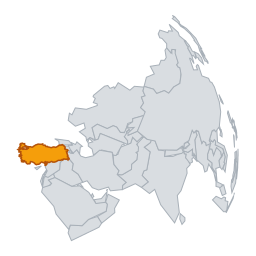 Turkey highlighted on a map of Asia
{"feature_id": "TUR", "entity_name": "Turkey", "entity_type": "country or territory", "adm_level": 0, "iso_a3": "TUR", "parent_name": "Asia", "parent_adm1": "", "projection": "orthographic", "projection_center": [34.29, 38.962], "detail": "fine", "context": "in_parent", "style": "filled", "palette": "amber", "viewbox_px": 256, "rotation_deg": 0, "n_neighbors": 45, "source": "natural_earth", "source_scale": "50m", "svg_char_len": 16630}
<svg xmlns="http://www.w3.org/2000/svg" viewBox="0 0 256 256"><path d="M143.7,87.1L143.0,91.0L145.1,95.8L141.4,97.1L143.6,103.0L140.6,107.6L145.2,111.8L145.5,115.0L132.8,118.6L132.6,121.8L127.7,123.5L125.1,132.3L120.3,132.4L116.7,127.1L113.2,125.7L107.2,128.6L97.3,124.2L92.1,127.7L95.4,139.9L90.0,137.6L86.6,140.3L85.9,136.9L79.4,131.8L85.3,128.3L84.0,123.0L75.4,126.2L68.2,120.4L69.4,113.2L72.0,114.8L75.3,107.9L86.4,109.3L97.3,105.5L97.2,103.9L93.3,102.6L95.3,98.4L93.1,96.7L93.5,95.3L104.6,86.2L107.8,85.5L110.0,88.4L113.9,86.8L114.7,88.5L118.2,82.7L129.9,90.2L134.4,86.3L143.7,87.1Z" fill="#d9dde1" stroke="#a8b0b8" stroke-width="1"/><path d="M95.4,139.9L92.1,127.7L97.3,124.2L107.2,128.6L113.2,125.7L116.7,127.1L120.3,132.4L124.3,132.7L127.9,125.0L127.8,127.9L134.1,127.4L132.4,130.9L129.9,131.9L129.0,129.5L126.5,131.5L126.3,136.0L124.4,136.7L127.6,140.6L127.6,144.4L100.3,133.5L98.1,139.2L95.4,139.9Z" fill="#d9dde1" stroke="#a8b0b8" stroke-width="1"/><path d="M236.3,157.4L236.3,161.0L237.2,163.7L236.8,166.5L235.6,182.9L231.9,192.6L231.0,186.3L231.5,180.6L232.4,182.1L234.7,173.9L235.2,171.6L235.4,161.2L236.3,157.4ZM237.4,171.2L237.5,168.8L237.3,171.1L236.9,175.9L236.5,179.3L236.9,174.1L237.5,163.9L237.7,158.5L238.0,148.8L238.1,155.3L237.6,162.9L237.5,165.2L237.7,165.7L238.0,158.3L237.7,165.7L237.7,167.3L237.4,171.2ZM234.0,194.4L233.9,194.8L234.4,192.7L234.0,194.4ZM227.2,209.1L232.6,198.1L233.8,195.3L233.0,198.7L226.1,212.9L227.2,209.1ZM225.1,200.7L227.9,201.5L226.9,209.4L225.7,211.7L223.6,211.7L212.5,199.9L216.1,196.3L221.4,198.8L223.9,197.0L225.6,197.7L225.1,200.7Z" fill="#d9dde1" stroke="#a8b0b8" stroke-width="1"/><path d="M45.0,174.1L42.6,179.0L42.5,187.1L40.5,181.2L42.9,174.8L45.0,174.1Z" fill="#d9dde1" stroke="#a8b0b8" stroke-width="1"/><path d="M47.2,170.9L43.0,174.8L46.7,169.6L47.2,170.9Z" fill="#d9dde1" stroke="#a8b0b8" stroke-width="1"/><path d="M44.2,177.2L42.5,180.8L43.2,176.7L44.2,177.2Z" fill="#d9dde1" stroke="#a8b0b8" stroke-width="1"/><path d="M44.2,177.2L53.5,173.5L54.9,177.6L48.5,180.1L51.6,183.4L45.9,188.1L42.5,187.1L44.2,177.2Z" fill="#d9dde1" stroke="#a8b0b8" stroke-width="1"/><path d="M94.1,199.7L101.4,198.6L107.1,191.7L105.1,203.2L95.9,203.5L94.1,199.7Z" fill="#d9dde1" stroke="#a8b0b8" stroke-width="1"/><path d="M91.6,198.4L91.1,196.1L92.4,193.7L93.8,196.5L91.6,198.4Z" fill="#d9dde1" stroke="#a8b0b8" stroke-width="1"/><path d="M79.1,182.4L82.9,187.0L77.3,186.0L79.1,182.4Z" fill="#d9dde1" stroke="#a8b0b8" stroke-width="1"/><path d="M54.9,177.6L53.5,173.5L59.6,169.6L60.0,162.8L63.7,159.0L69.2,159.1L73.3,163.8L72.2,169.9L78.2,174.2L82.8,182.3L71.8,186.4L54.9,177.6Z" fill="#d9dde1" stroke="#a8b0b8" stroke-width="1"/><path d="M105.6,202.3L108.0,194.2L119.3,200.0L114.6,208.3L114.8,212.6L101.6,223.2L97.4,216.5L106.2,211.2L107.3,204.3L105.6,202.3ZM107.5,189.6L106.4,190.8L107.1,189.4L107.5,189.6Z" fill="#d9dde1" stroke="#a8b0b8" stroke-width="1"/><path d="M219.9,167.1L218.9,160.6L222.7,155.5L222.6,152.7L224.5,153.3L225.3,156.9L224.1,162.4L224.9,163.2L222.0,169.6L219.9,167.1Z" fill="#d9dde1" stroke="#a8b0b8" stroke-width="1"/><path d="M221.5,156.1L218.9,160.6L219.9,167.1L215.8,168.5L217.1,181.9L222.4,184.5L221.3,187.9L216.0,186.4L216.1,173.8L211.8,167.3L211.9,163.0L207.6,159.4L207.6,154.1L209.4,148.7L212.0,149.2L213.6,155.1L215.5,148.8L218.1,148.3L220.8,151.8L221.5,156.1Z" fill="#d9dde1" stroke="#a8b0b8" stroke-width="1"/><path d="M223.8,152.0L221.5,156.1L220.8,151.8L216.5,147.5L213.6,155.1L212.0,149.2L209.4,148.7L210.7,143.4L209.2,140.5L212.9,141.9L214.3,139.6L215.7,141.3L215.3,144.8L222.2,147.4L223.8,152.0Z" fill="#d9dde1" stroke="#a8b0b8" stroke-width="1"/><path d="M209.4,148.7L207.6,154.1L207.6,159.4L211.9,163.0L211.8,167.3L216.1,173.8L215.8,181.2L213.8,172.4L208.7,164.1L207.0,170.8L204.8,172.0L203.1,165.5L196.5,159.6L194.8,140.0L197.0,135.2L195.6,131.5L198.5,131.3L201.9,143.4L203.2,141.1L205.7,142.6L206.3,145.5L209.1,142.8L209.4,148.7Z" fill="#d9dde1" stroke="#a8b0b8" stroke-width="1"/><path d="M223.1,168.3L224.9,163.2L224.1,162.4L225.3,156.9L223.1,148.8L215.3,144.8L215.7,141.3L214.3,139.6L212.9,141.9L209.6,139.2L212.1,130.8L216.9,130.5L217.5,142.0L224.2,146.0L227.3,155.2L225.1,171.9L223.1,168.3Z" fill="#d9dde1" stroke="#a8b0b8" stroke-width="1"/><path d="M185.5,40.9L189.2,45.3L192.2,51.0L195.0,52.6L196.0,59.1L193.2,55.3L192.0,56.1L190.6,53.4L187.6,48.1L188.2,46.6L187.0,45.8L184.3,40.9L185.5,40.9Z" fill="#d9dde1" stroke="#a8b0b8" stroke-width="1"/><path d="M196.6,57.4L194.5,51.9L198.1,53.7L201.6,57.9L203.4,64.0L198.8,59.6L198.4,58.0L196.6,57.4Z" fill="#d9dde1" stroke="#a8b0b8" stroke-width="1"/><path d="M144.1,86.4L146.4,77.3L154.3,73.9L150.3,66.3L159.2,64.9L161.0,60.3L164.5,60.3L166.2,57.6L165.0,50.2L166.7,47.8L171.9,53.4L171.8,49.4L174.7,48.9L178.2,62.9L176.7,64.7L178.0,66.9L179.9,67.8L181.1,72.0L179.9,83.4L173.8,86.9L168.7,93.2L164.3,90.6L156.7,93.5L153.4,89.1L144.1,86.4Z" fill="#d9dde1" stroke="#a8b0b8" stroke-width="1"/><path d="M195.6,131.5L197.0,135.2L194.8,140.0L196.5,157.3L193.8,153.6L193.8,156.2L192.2,155.6L192.5,149.3L188.0,152.5L184.1,151.2L184.3,153.7L186.3,154.1L185.6,157.7L187.0,157.5L190.2,164.7L186.7,168.4L187.1,173.2L181.0,190.7L177.3,195.5L179.3,212.5L174.6,222.9L160.7,204.8L154.7,189.4L149.5,193.5L141.4,187.3L148.2,181.9L142.1,175.5L143.9,170.9L146.8,169.8L150.1,151.9L144.2,147.2L150.5,142.5L151.4,138.7L155.1,141.0L158.5,149.9L165.1,150.9L164.6,156.5L173.0,156.4L183.3,152.0L182.3,146.0L183.8,148.8L185.9,148.5L189.6,144.4L187.8,142.3L192.2,130.2L193.9,132.9L195.6,131.5Z" fill="#d9dde1" stroke="#a8b0b8" stroke-width="1"/><path d="M193.8,153.6L197.4,161.8L193.5,157.4L191.9,158.8L192.5,162.0L190.0,163.4L185.6,157.7L186.3,154.1L184.3,153.7L184.1,151.2L188.0,152.5L192.5,149.3L192.2,155.6L193.8,156.2L193.8,153.6Z" fill="#d9dde1" stroke="#a8b0b8" stroke-width="1"/><path d="M187.8,142.3L189.6,144.4L183.8,148.8L184.3,143.4L187.8,142.3Z" fill="#d9dde1" stroke="#a8b0b8" stroke-width="1"/><path d="M181.5,147.6L183.3,152.0L181.7,153.4L164.6,156.5L165.6,149.6L176.8,150.1L181.5,147.6Z" fill="#d9dde1" stroke="#a8b0b8" stroke-width="1"/><path d="M151.4,138.7L150.5,142.5L144.2,147.2L150.1,151.9L146.8,169.8L143.9,170.9L142.1,175.5L148.2,181.9L141.4,187.3L135.3,183.7L122.4,189.6L122.6,185.4L126.1,182.4L117.2,174.6L122.1,174.8L131.5,169.3L131.6,164.2L136.8,159.8L137.3,142.4L143.6,136.8L147.4,139.4L151.4,138.7Z" fill="#d9dde1" stroke="#a8b0b8" stroke-width="1"/><path d="M120.4,147.3L130.7,143.1L132.6,137.2L137.0,141.7L139.1,137.7L143.6,136.8L136.6,144.4L138.5,146.9L138.2,151.4L136.0,152.4L137.6,154.1L136.8,159.8L131.6,164.2L131.5,169.3L122.1,174.8L117.2,174.6L118.9,170.8L113.8,164.5L113.2,155.1L117.9,154.4L120.4,147.3Z" fill="#d9dde1" stroke="#a8b0b8" stroke-width="1"/><path d="M127.6,144.4L127.6,140.6L124.4,136.7L129.0,129.5L130.7,131.4L128.3,135.2L137.4,131.2L142.8,136.1L137.0,141.7L132.6,137.2L130.7,143.1L127.6,144.4Z" fill="#d9dde1" stroke="#a8b0b8" stroke-width="1"/><path d="M127.9,125.0L132.6,121.8L132.8,118.6L145.5,115.0L137.4,131.2L128.3,135.2L127.8,133.3L134.1,127.4L127.8,127.9L127.9,125.0Z" fill="#d9dde1" stroke="#a8b0b8" stroke-width="1"/><path d="M86.6,140.3L90.0,137.6L94.2,140.4L98.1,139.2L100.3,133.5L123.7,142.9L124.3,144.9L122.2,144.7L116.1,155.5L113.2,155.1L112.2,152.4L101.5,150.0L93.4,154.9L92.1,149.1L88.3,146.1L88.3,143.1L92.7,141.9L89.3,138.5L87.8,142.3L86.6,140.3Z" fill="#d9dde1" stroke="#a8b0b8" stroke-width="1"/><path d="M82.8,182.3L78.2,174.2L72.2,169.9L73.3,163.8L67.4,156.6L66.6,151.6L72.2,153.3L76.8,149.7L80.8,156.1L85.6,157.7L93.3,155.8L99.6,150.2L112.2,152.4L113.8,164.5L118.9,170.8L117.2,174.6L126.1,182.4L122.6,185.4L122.4,189.6L110.4,190.8L108.4,187.1L98.6,190.0L92.3,187.7L87.1,180.8L82.8,182.3Z" fill="#d9dde1" stroke="#a8b0b8" stroke-width="1"/><path d="M44.7,176.1L47.2,170.9L45.1,166.8L47.3,161.9L62.6,159.6L60.0,162.8L59.6,169.6L48.0,177.4L44.7,176.1Z" fill="#d9dde1" stroke="#a8b0b8" stroke-width="1"/><path d="M73.2,153.1L65.1,148.9L64.6,146.0L69.8,146.4L73.2,153.1Z" fill="#d9dde1" stroke="#a8b0b8" stroke-width="1"/><path d="M184.9,217.7L184.9,220.9L182.0,224.4L179.8,219.0L180.2,213.6L184.9,217.7Z" fill="#d9dde1" stroke="#a8b0b8" stroke-width="1"/><path d="M222.0,136.8L220.0,135.3L220.9,129.1L222.1,133.8L222.0,136.8ZM137.4,131.2L145.2,111.8L140.6,107.6L143.6,103.0L141.4,97.1L145.1,95.8L143.0,91.0L144.1,86.4L153.4,89.1L156.7,93.5L164.3,90.6L168.7,93.2L173.8,86.9L179.9,83.4L181.1,74.6L179.9,67.8L178.0,66.9L176.7,64.7L178.2,62.9L175.1,53.1L175.6,49.7L171.8,49.4L170.8,52.9L166.7,47.8L166.7,43.7L162.0,38.4L159.8,37.8L158.2,33.9L159.9,30.1L167.9,32.7L168.5,30.8L172.4,31.1L169.2,24.3L178.2,32.4L179.3,35.8L185.5,40.9L184.3,40.9L187.0,45.8L188.2,46.6L187.6,48.1L192.0,56.1L194.0,63.6L190.8,58.5L189.6,58.3L193.6,69.9L197.5,69.8L196.2,66.3L197.3,64.6L198.4,65.4L201.9,75.9L208.5,78.3L210.2,81.9L211.8,82.4L214.4,87.0L219.3,101.9L220.7,111.9L219.4,125.6L220.4,129.1L220.0,130.4L218.7,127.4L215.7,131.7L214.2,129.7L212.1,130.8L209.2,140.5L210.7,143.4L206.3,145.5L205.7,142.6L203.2,141.1L201.9,143.4L198.5,131.3L196.3,130.3L193.9,132.9L192.2,130.2L188.9,140.6L184.3,143.4L183.5,148.2L182.3,146.0L176.8,150.1L158.5,149.9L155.1,141.0L147.4,139.4L137.4,131.2Z" fill="#d9dde1" stroke="#a8b0b8" stroke-width="1"/><path d="M218.9,94.5L222.4,101.4L223.4,104.3L221.1,101.6L218.9,94.5Z" fill="#d9dde1" stroke="#a8b0b8" stroke-width="1"/><path d="M71.4,142.6L75.4,144.5L76.9,141.9L82.4,146.4L80.3,147.1L79.6,153.7L76.8,149.7L73.2,153.1L70.3,149.5L68.1,145.1L72.1,145.3L71.4,142.6ZM72.2,153.3L70.4,153.1L68.3,150.4L70.8,150.9L72.2,153.3Z" fill="#d9dde1" stroke="#a8b0b8" stroke-width="1"/><path d="M54.7,138.8L68.8,140.7L72.4,144.8L59.3,145.0L58.7,141.2L54.7,138.8Z" fill="#d9dde1" stroke="#a8b0b8" stroke-width="1"/><path d="M233.3,128.6L232.2,127.2L232.7,125.7L233.3,128.6ZM235.6,133.3L234.5,128.5L234.9,129.3L234.3,125.2L235.6,133.3ZM235.2,126.2L236.4,130.6L236.8,133.7L236.4,131.8L236.6,134.2L237.1,137.3L236.9,138.3L236.2,135.1L236.3,140.5L235.8,133.1L235.6,128.1L235.2,126.2ZM234.1,136.3L234.5,147.5L233.5,134.5L234.1,136.3ZM228.0,110.6L231.7,122.0L232.4,118.8L233.4,121.7L232.5,121.5L231.9,125.5L231.4,123.0L230.4,122.9L227.5,113.2L228.0,110.6ZM234.6,131.7L233.7,128.1L234.0,126.3L234.6,131.7ZM233.6,119.7L234.3,122.0L234.2,123.0L235.0,126.5L233.3,121.3L233.6,119.7Z" fill="#d9dde1" stroke="#a8b0b8" stroke-width="1"/><path d="M219.6,187.9L223.7,184.8L226.0,193.7L222.3,195.5L219.6,187.9ZM236.3,157.4L235.4,161.2L235.2,171.6L232.4,182.1L231.8,182.0L231.5,180.6L232.8,177.8L232.9,175.1L234.0,170.6L234.4,164.2L235.1,162.3L234.9,152.3L236.4,151.2L236.3,157.4Z" fill="#d9dde1" stroke="#a8b0b8" stroke-width="1"/><path d="M234.8,159.0L235.1,162.3L234.8,164.6L234.4,164.2L234.8,159.0Z" fill="#d9dde1" stroke="#a8b0b8" stroke-width="1"/><path d="M186.5,28.5L195.8,38.3L199.0,44.5L202.0,49.3L200.3,48.3L203.4,57.0L204.4,56.7L207.8,61.5L208.2,63.7L206.5,61.3L205.0,61.1L199.8,50.9L198.1,45.4L194.0,40.3L194.5,40.0L190.4,34.1L183.4,27.7L182.2,25.7L186.5,28.5ZM173.9,17.0L172.3,15.4L174.6,16.6L179.4,22.0L179.2,23.3L182.0,25.9L182.8,27.6L180.7,26.3L177.8,22.6L172.3,18.6L173.9,17.0ZM203.7,55.4L201.3,50.8L201.9,50.4L204.8,55.8L203.7,55.4Z" fill="#d9dde1" stroke="#a8b0b8" stroke-width="1"/><path d="M97.4,216.5L101.6,223.2L99.0,227.2L71.4,240.6L68.1,232.9L70.3,225.1L82.1,225.7L88.5,219.4L97.4,216.5Z" fill="#d9dde1" stroke="#a8b0b8" stroke-width="1"/><path d="M42.6,187.6L50.2,185.2L51.6,183.4L48.5,180.1L54.9,177.6L71.8,186.4L79.9,185.9L88.8,192.4L95.9,203.5L105.6,202.3L107.3,204.3L106.2,211.2L88.5,219.4L82.1,225.7L70.3,225.1L68.6,229.3L56.1,214.1L53.8,206.3L41.6,192.0L42.6,187.6Z" fill="#d9dde1" stroke="#a8b0b8" stroke-width="1"/><path d="M41.4,166.0L36.9,169.7L34.8,167.8L41.4,166.0Z" fill="#d9dde1" stroke="#a8b0b8" stroke-width="1"/><path d="M59.2,145.1L59.7,145.2L59.9,145.3L60.0,145.3L60.2,145.1L61.0,145.0L61.6,145.1L61.9,144.7L62.1,144.6L62.3,144.6L62.5,144.9L62.8,144.9L63.2,145.3L63.4,145.4L63.5,145.5L63.4,145.6L63.5,145.7L63.6,145.8L63.8,145.8L64.0,145.8L64.2,146.0L64.3,146.2L64.5,146.4L64.7,146.5L64.8,146.6L65.0,147.0L65.1,147.3L65.1,147.5L65.0,147.8L64.8,148.1L65.0,148.4L64.9,148.6L65.2,148.9L65.3,149.2L65.2,149.3L65.5,149.5L65.9,149.6L66.1,149.6L66.5,149.5L66.8,149.5L67.1,149.6L67.6,149.9L68.1,150.3L68.4,150.6L67.7,150.3L67.4,150.7L67.3,151.5L67.2,151.7L66.6,151.7L66.4,151.7L66.4,151.8L66.5,152.0L66.6,152.3L66.7,152.5L66.9,152.6L66.9,152.9L66.8,153.1L66.9,153.3L67.1,153.5L67.3,154.1L67.3,154.3L67.4,154.5L67.4,155.0L67.5,155.1L67.8,155.2L67.9,155.3L67.8,155.5L67.7,155.9L67.7,156.1L67.5,156.3L67.5,156.6L67.4,156.8L67.5,156.9L67.8,156.9L68.0,157.0L68.4,157.2L68.5,157.3L68.4,157.5L68.5,157.7L68.5,157.9L68.6,158.3L69.0,158.5L69.2,158.8L69.2,159.0L68.8,159.2L68.2,159.6L68.0,160.0L67.9,159.9L67.7,159.7L67.7,159.2L67.5,158.9L67.4,158.9L67.1,158.9L66.9,159.1L66.7,159.2L66.2,159.3L65.8,159.3L65.2,159.1L64.6,159.0L64.2,159.1L63.7,159.0L63.4,159.5L62.9,159.9L62.7,160.0L62.5,159.6L62.4,159.5L62.2,159.4L62.1,159.5L61.8,159.8L61.4,160.0L60.4,160.3L59.7,160.4L58.9,160.3L58.5,160.4L58.2,160.4L57.5,160.8L56.4,161.5L55.5,161.8L54.6,162.1L53.9,162.1L53.3,162.1L52.9,162.1L52.7,162.1L52.4,161.8L52.0,161.6L51.6,161.5L51.3,161.5L50.6,161.9L50.0,162.1L49.3,162.5L48.6,162.4L48.3,162.5L48.0,162.3L47.9,162.1L47.4,162.0L47.1,162.0L47.0,162.3L46.8,163.2L47.1,163.8L46.7,164.0L46.4,164.2L46.3,164.7L46.0,164.9L45.9,165.0L45.8,165.3L45.7,165.4L45.3,165.1L45.1,165.1L45.2,164.8L44.8,163.7L45.0,163.4L45.4,163.0L45.8,162.5L45.8,162.0L45.7,161.8L45.4,161.6L45.0,161.9L44.8,162.1L44.6,162.2L44.4,162.3L44.3,162.5L44.0,162.7L43.6,162.8L43.0,162.6L42.4,162.3L42.0,162.1L41.7,162.0L41.4,162.1L40.6,162.7L39.8,163.6L39.6,163.8L38.9,164.2L38.4,164.3L38.2,164.3L37.3,164.4L36.8,164.5L36.4,164.7L35.7,164.4L35.3,164.1L35.0,163.8L34.6,163.2L34.3,162.9L33.6,162.6L32.5,161.9L32.2,161.9L31.4,161.7L30.5,161.6L30.4,161.9L30.3,162.8L30.1,163.1L30.0,163.5L29.9,163.7L29.7,163.8L29.5,163.6L29.3,163.5L28.9,163.7L28.1,163.9L27.8,164.0L26.9,163.6L26.5,163.3L26.3,163.1L26.3,162.6L26.1,162.4L26.1,162.0L25.9,161.9L25.7,162.1L25.2,161.9L24.6,161.5L24.1,161.5L23.8,161.9L23.5,162.0L23.3,162.0L23.3,161.9L23.5,161.7L22.7,161.7L22.3,161.8L22.0,161.8L21.7,161.7L21.8,161.5L22.0,161.5L22.2,161.4L23.1,161.4L23.3,161.4L23.5,161.1L23.9,160.8L24.0,160.7L22.4,160.7L21.5,160.6L21.4,160.7L21.3,160.4L21.4,160.2L21.6,160.2L22.1,160.1L22.0,159.8L21.7,159.6L21.4,159.4L21.2,158.9L21.1,158.5L20.9,158.3L21.0,158.2L21.4,158.1L21.5,157.6L21.5,157.3L21.3,157.2L20.7,156.9L20.4,156.6L20.0,156.4L19.9,156.5L19.6,156.5L19.4,156.3L19.1,156.2L19.2,155.7L19.4,155.7L19.3,155.1L19.3,154.9L19.5,154.8L19.9,155.1L19.9,155.4L19.9,155.6L20.0,155.9L20.1,155.7L20.3,155.8L20.6,155.8L21.2,155.7L21.3,155.6L20.9,155.6L20.7,155.5L20.5,155.2L20.5,154.9L20.4,154.7L20.5,154.6L20.8,154.5L21.1,154.1L20.9,153.9L20.7,153.9L20.6,153.6L20.7,153.3L20.3,152.6L20.7,152.2L21.0,151.9L20.8,151.7L19.9,151.8L19.5,151.9L18.9,151.9L18.9,151.7L19.1,151.3L19.1,150.5L19.2,150.1L19.6,150.0L20.1,149.5L20.8,148.8L21.5,148.9L21.8,148.7L22.3,148.8L22.4,149.0L22.7,149.3L23.4,149.3L23.7,149.1L23.4,148.8L23.5,148.7L23.8,148.7L24.1,148.8L24.0,149.0L23.9,149.1L24.0,149.2L24.9,149.1L25.7,149.3L26.0,149.3L26.7,149.3L26.9,149.2L26.7,149.0L26.2,148.8L26.7,148.5L26.9,148.4L28.1,148.3L29.0,148.2L27.7,147.9L27.1,147.4L27.0,147.2L27.1,146.6L27.3,146.5L27.7,146.5L29.2,146.8L30.4,146.7L31.5,147.1L32.7,147.1L32.9,146.9L33.3,146.4L34.9,145.5L35.5,145.0L36.1,144.8L37.1,144.5L38.0,144.1L38.3,144.1L40.3,144.3L41.8,144.3L42.4,143.9L42.8,144.0L42.7,144.3L42.7,144.5L42.9,144.8L43.2,145.1L43.8,145.4L44.8,145.1L45.1,145.2L45.5,146.1L45.7,146.4L46.1,146.6L46.3,146.6L46.5,146.4L47.0,146.3L47.6,146.5L47.8,146.9L48.7,147.1L49.6,147.2L50.0,147.4L51.2,147.6L51.7,147.6L52.4,147.2L53.9,146.9L54.9,147.2L55.2,147.3L55.4,147.2L55.8,147.3L56.1,147.2L57.2,146.6L57.5,146.3L57.8,146.2L58.1,146.0L58.9,145.4L59.2,145.1ZM24.5,143.7L24.4,144.1L24.6,144.5L24.9,145.2L25.3,145.5L26.8,146.3L27.0,146.4L27.0,146.7L26.8,147.0L26.7,147.2L26.3,147.3L25.0,146.8L24.7,146.8L24.1,147.1L23.6,146.9L22.9,147.0L22.7,147.5L22.2,148.0L21.5,148.3L20.9,148.5L20.1,149.3L19.7,149.7L19.3,149.8L19.4,149.6L19.5,149.4L19.5,149.0L19.8,148.8L20.1,148.6L20.8,148.3L21.0,148.1L20.5,148.0L19.9,148.1L19.5,148.0L19.2,148.0L19.1,147.6L19.3,147.5L19.5,147.3L19.9,146.8L20.0,146.7L20.0,146.4L20.0,145.9L20.6,145.6L20.8,145.4L20.8,145.0L20.8,144.7L20.7,144.7L20.4,144.3L20.1,144.2L20.3,143.9L20.7,143.9L20.9,143.5L21.0,143.4L21.4,143.4L21.7,143.4L21.9,143.3L22.0,143.2L22.5,143.2L23.1,143.7L23.3,143.8L23.6,143.7L24.0,143.7L24.5,143.7ZM18.7,149.6L18.1,149.6L17.9,149.5L18.2,149.3L18.5,149.2L18.8,149.4L18.7,149.6Z" fill="#f59e0b" stroke="#b45309" stroke-width="1.5"/></svg>